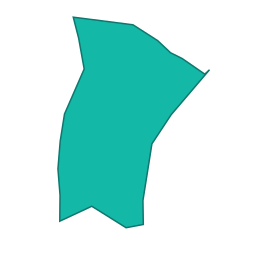 Jung-gu [Central District], Seoul, South Korea, rotated 279°
{"feature_id": "91817680B29418542168397", "entity_name": "Jung-gu [Central District]", "entity_type": "district", "adm_level": 2, "iso_a3": "KOR", "parent_name": "South Korea", "parent_adm1": "Seoul", "projection": "equal_earth", "projection_center": [126.998, 37.546], "detail": "fine", "context": "isolated", "style": "filled", "palette": "teal", "viewbox_px": 256, "rotation_deg": 279, "n_neighbors": 0, "source": "geoboundaries", "source_scale": "gbopen_adm2", "svg_char_len": 417}
<svg xmlns="http://www.w3.org/2000/svg" viewBox="0 0 256 256"><g transform="rotate(279 128 128)"><path d="M25.3,75.2L45.0,104.4L44.3,106.2L29.2,141.7L35.1,158.2L58.8,154.1L116.1,154.1L147.8,168.5L198.3,199.4L193.2,195.4L205.1,170.6L209.0,158.2L218.9,143.7L230.7,116.8L228.9,56.6L209.0,65.2L179.4,75.5L131.9,63.1L104.3,63.1L76.6,65.2L50.9,71.4L25.3,75.2Z" fill="#14b8a6" stroke="#0f766e" stroke-width="1.5"/></g></svg>